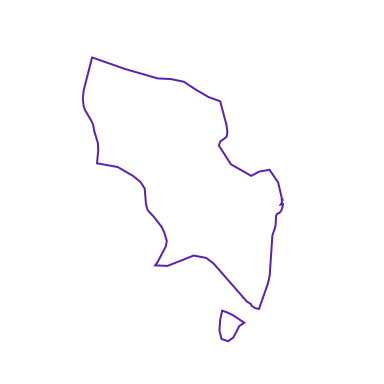 Pedernales, Natural Earth projection, rotated 347°
{"feature_id": "DOM-1973", "entity_name": "Pedernales", "entity_type": "Province", "adm_level": 1, "iso_a3": "DOM", "parent_name": "Dominican Republic", "parent_adm1": "", "projection": "natural_earth1", "projection_center": [-71.507, 17.919], "detail": "fine", "context": "isolated", "style": "outline", "palette": "violet", "viewbox_px": 384, "rotation_deg": 347, "n_neighbors": 0, "source": "natural_earth", "source_scale": "10m", "svg_char_len": 1151}
<svg xmlns="http://www.w3.org/2000/svg" viewBox="0 0 384 384"><g transform="rotate(347 192 192)"><path d="M105.9,142.7L110.0,130.3L111.3,123.2L110.5,111.3L110.8,104.4L109.9,99.9L106.2,88.1L105.7,84.2L106.7,76.1L109.4,68.4L124.9,38.5L125.7,38.9L154.4,57.1L184.1,73.6L196.8,77.2L208.8,82.7L218.8,93.2L229.2,103.0L239.9,110.0L240.4,126.7L240.7,134.2L240.0,141.6L238.1,146.0L234.6,147.6L231.0,149.1L228.6,152.7L236.1,173.7L253.3,189.6L262.1,187.2L272.5,187.8L278.1,202.2L278.1,218.1L278.3,219.1L277.9,218.8L277.4,221.8L276.9,222.9L275.6,224.2L277.9,224.2L276.5,227.6L274.7,230.3L272.5,232.0L269.7,232.6L268.5,234.3L266.2,242.5L264.9,245.4L260.6,252.3L248.9,290.9L245.3,298.4L230.9,321.1L227.4,319.3L224.4,316.1L224.2,314.4L220.8,311.1L196.9,266.5L191.0,259.4L179.3,254.3L151.5,258.5L139.6,255.2L142.9,252.3L154.1,239.3L156.4,234.1L155.9,225.3L154.5,219.0L149.1,207.3L145.3,200.9L144.6,198.5L144.4,193.6L146.7,178.0L144.2,170.9L138.0,162.9L125.3,151.0L105.9,142.7ZM193.5,345.5L187.7,341.8L187.6,332.9L190.8,322.6L194.7,314.4L199.6,317.5L204.6,321.6L213.5,331.2L208.1,333.1L199.5,343.1L193.5,345.5Z" fill="none" stroke="#5b21b6" stroke-width="2"/></g></svg>